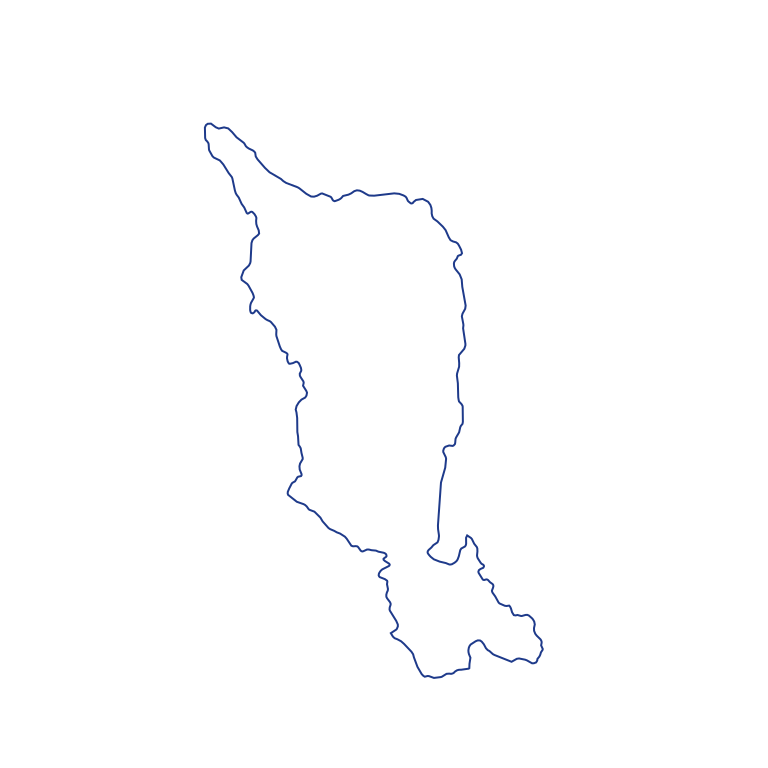 an SVG outline of Lampang, rotated 323°
{"feature_id": "THA-391", "entity_name": "Lampang", "entity_type": "Province", "adm_level": 1, "iso_a3": "THA", "parent_name": "Thailand", "parent_adm1": "", "projection": "albers", "projection_center": [99.463, 18.356], "detail": "fine", "context": "isolated", "style": "outline", "palette": "blue", "viewbox_px": 768, "rotation_deg": 323, "n_neighbors": 0, "source": "natural_earth", "source_scale": "10m", "svg_char_len": 6147}
<svg xmlns="http://www.w3.org/2000/svg" viewBox="0 0 768 768"><g transform="rotate(323 384 384)"><path d="M414.3,91.4L414.7,98.2L417.1,106.8L417.2,107.9L416.8,111.0L417.1,112.7L417.8,114.7L419.8,118.5L420.3,120.4L420.3,121.8L418.5,125.1L418.2,128.5L419.0,139.8L420.0,146.0L425.1,158.2L425.7,161.4L426.9,164.6L433.4,174.9L434.2,176.9L436.4,185.3L438.6,190.4L440.9,192.3L443.9,193.4L448.2,194.0L449.3,194.6L454.0,202.3L454.2,203.3L453.8,206.2L453.9,207.1L454.5,208.2L455.1,208.5L458.7,209.6L460.3,209.8L461.7,209.8L464.5,209.2L469.6,211.4L472.6,212.0L476.3,212.1L478.9,213.0L481.0,215.0L482.5,217.7L484.0,221.4L485.2,224.0L485.9,224.8L489.5,227.7L506.9,237.9L510.6,241.3L513.1,245.2L514.0,247.4L514.0,249.0L513.3,252.0L513.4,253.0L514.1,255.8L514.8,256.5L515.8,256.8L517.3,256.4L520.3,256.3L526.3,259.5L528.9,265.0L528.8,268.9L527.8,271.9L526.4,274.3L524.7,276.5L523.5,279.1L523.1,281.8L524.5,286.3L525.7,293.8L525.8,298.2L524.0,305.9L523.7,309.2L524.9,311.7L526.8,314.2L527.4,316.3L527.2,318.6L526.4,323.1L525.0,326.5L523.3,327.1L520.7,326.3L519.9,326.3L517.6,327.7L514.6,328.4L513.4,328.9L512.3,329.9L510.9,332.1L510.4,333.6L510.2,335.4L510.4,342.0L509.0,347.2L505.0,353.5L496.4,370.5L494.1,372.8L489.0,375.1L486.9,376.8L483.4,383.9L482.7,385.0L480.7,387.1L473.2,400.9L472.2,402.2L469.3,404.2L461.3,406.0L459.7,407.7L456.6,412.6L454.4,415.4L448.7,419.6L447.3,421.1L443.4,427.9L435.3,439.3L434.1,441.5L433.4,443.1L433.8,446.7L433.6,448.6L433.1,449.6L424.2,461.7L422.7,463.1L420.2,463.7L418.9,464.4L414.9,467.8L409.4,470.1L408.1,470.9L405.4,473.9L404.4,474.7L402.4,475.0L401.5,474.7L399.0,472.3L395.3,471.1L394.2,471.2L393.0,471.6L391.2,472.9L390.4,474.0L389.3,479.6L388.6,481.1L382.5,487.7L370.2,497.0L341.9,529.5L339.8,532.5L336.9,537.8L336.1,538.9L333.7,541.3L331.4,542.7L326.4,542.4L323.5,543.1L319.8,543.4L318.3,543.9L317.5,544.7L317.1,545.7L317.1,547.9L317.3,550.1L318.3,554.0L321.6,559.4L325.6,564.2L327.4,567.2L328.0,567.9L329.7,568.8L332.8,569.2L335.2,569.1L337.1,568.5L340.1,566.6L344.9,562.6L346.7,561.9L350.9,562.5L352.1,562.1L353.4,561.1L357.0,556.2L359.3,555.0L360.8,559.3L360.9,560.7L359.9,565.8L360.0,570.1L359.5,571.6L357.8,574.0L355.2,576.8L354.5,578.0L354.0,579.6L353.6,584.9L353.7,586.3L354.5,588.1L354.5,589.1L354.0,589.9L352.7,590.5L349.7,589.8L347.7,589.8L346.3,590.8L345.9,591.9L345.2,599.6L345.6,600.4L346.2,600.9L348.1,601.6L348.7,602.2L349.1,603.1L349.4,606.2L350.3,609.0L350.3,610.1L349.8,611.2L348.5,612.3L345.8,614.0L345.4,614.8L345.1,616.0L345.0,620.6L344.0,627.5L344.2,628.8L347.0,633.8L348.2,635.0L350.6,636.3L350.7,637.7L350.3,639.7L348.9,643.4L348.6,646.7L349.8,648.0L351.6,648.8L353.7,651.6L354.4,652.2L358.0,653.6L359.5,654.6L360.4,656.2L361.2,660.1L361.3,661.6L361.0,664.1L359.7,666.8L356.9,669.2L355.3,671.5L354.5,674.5L354.5,676.8L355.3,682.1L355.2,683.2L354.9,684.4L354.2,685.5L352.2,687.3L351.3,691.2L350.6,691.8L347.8,692.8L345.8,694.3L344.0,695.2L341.1,695.9L339.9,697.1L337.9,697.9L335.6,697.2L334.2,696.2L331.8,690.7L330.8,689.1L326.7,684.5L324.7,683.4L318.7,682.6L309.2,667.0L308.4,665.3L307.5,660.7L306.7,659.0L306.4,656.4L307.1,652.0L307.0,648.6L306.4,646.7L304.6,645.2L302.4,644.6L296.4,644.2L294.5,644.8L293.0,645.7L291.1,647.5L290.1,649.0L289.3,650.8L288.3,654.6L283.9,658.9L281.1,662.3L280.3,662.3L273.8,658.7L271.8,657.3L270.0,656.6L267.7,656.4L265.6,656.7L264.4,656.4L263.2,655.9L261.7,654.5L259.5,653.1L253.9,652.6L252.9,652.2L247.0,648.8L244.0,644.2L243.0,643.4L240.4,642.3L239.8,640.8L239.5,638.4L240.5,630.0L243.4,620.3L244.6,617.4L244.8,614.3L243.6,603.6L242.8,599.7L241.1,596.0L239.5,593.4L239.1,591.1L239.5,587.1L246.0,587.5L246.9,587.3L249.2,585.9L250.3,584.4L251.2,580.6L252.3,568.5L252.8,567.3L254.2,565.8L256.4,564.3L257.1,563.4L257.5,562.0L257.5,557.1L257.8,555.4L259.0,553.7L260.9,552.2L262.6,551.3L263.8,550.1L265.9,545.7L267.7,543.9L268.1,543.0L267.3,540.4L264.4,535.7L264.3,534.7L264.6,533.6L265.7,532.5L266.8,531.9L268.9,531.2L271.0,531.0L278.3,532.3L279.2,532.2L279.9,531.6L280.0,530.6L278.2,525.9L277.9,524.2L278.3,523.4L279.5,523.2L281.6,523.3L282.4,523.0L282.9,522.2L283.2,521.2L282.8,519.6L282.2,518.6L278.6,514.5L277.3,512.2L274.0,509.2L272.3,507.1L270.9,506.0L266.8,505.1L265.9,504.7L265.4,504.0L265.1,503.1L265.2,498.7L265.0,497.7L263.9,496.5L261.6,495.0L260.6,493.5L261.1,485.1L260.9,482.4L258.9,477.0L257.0,474.0L255.9,471.4L253.6,467.4L253.0,465.6L252.3,456.8L252.8,452.4L251.6,444.1L248.7,439.5L248.5,438.5L248.6,435.3L248.2,433.2L247.5,431.6L243.5,425.6L240.7,414.9L241.1,413.6L242.3,412.2L245.6,410.3L250.4,408.0L251.4,407.8L254.4,408.2L258.6,406.4L259.7,406.4L262.3,407.6L263.2,407.3L263.9,406.4L265.2,401.6L267.0,398.8L269.1,397.0L273.9,395.0L274.7,393.9L276.6,389.4L278.8,385.2L279.1,383.2L279.1,381.2L283.9,374.0L285.9,370.2L294.2,358.9L297.0,354.0L298.1,351.3L300.9,349.0L304.9,347.4L308.7,346.8L312.9,347.4L315.1,346.6L317.3,344.6L317.8,342.7L318.3,336.7L320.6,334.7L321.2,333.4L321.5,328.6L321.8,326.8L322.9,325.1L325.9,323.6L326.7,322.5L327.4,321.0L328.2,317.7L328.5,315.8L327.9,313.9L327.1,313.2L323.8,312.5L321.2,311.3L320.5,310.8L320.4,309.6L320.7,307.9L322.0,305.1L323.1,303.8L324.7,302.4L325.0,301.5L324.5,299.9L322.6,296.2L322.7,294.2L323.4,291.3L326.9,281.0L327.8,279.5L330.7,276.0L331.4,272.6L331.0,266.5L330.6,265.1L329.3,262.8L328.5,260.9L327.1,255.0L326.8,249.0L326.1,248.1L325.3,248.0L323.6,248.7L321.7,248.6L320.7,247.4L320.8,246.1L321.6,244.4L323.9,241.4L325.3,240.1L326.6,239.2L331.6,237.0L332.3,236.5L333.1,234.7L333.8,232.2L335.0,223.9L335.0,221.9L333.0,215.2L334.3,212.8L340.3,208.9L347.4,208.1L349.9,206.9L351.2,205.8L363.0,191.7L365.4,190.0L367.4,189.4L372.9,189.2L374.8,188.7L376.4,185.9L377.4,181.8L378.3,179.4L380.0,176.8L382.0,174.6L382.5,173.2L382.8,170.4L382.4,167.4L381.9,166.7L381.1,166.3L378.2,166.1L377.5,165.7L377.3,164.7L378.6,158.9L378.7,154.4L380.2,147.7L380.2,144.0L380.5,142.2L381.4,139.7L386.6,128.6L387.0,127.1L386.9,122.1L387.8,112.0L387.6,108.7L387.4,106.6L384.4,100.8L384.1,98.8L385.0,92.3L385.4,91.3L388.3,86.9L388.7,85.9L388.8,83.9L388.5,81.9L389.2,79.9L395.3,71.4L397.6,70.1L399.8,70.1L402.5,71.9L404.2,77.8L405.8,80.6L410.7,82.8L413.4,86.1L414.3,91.4Z" fill="none" stroke="#1e3a8a" stroke-width="2"/></g></svg>